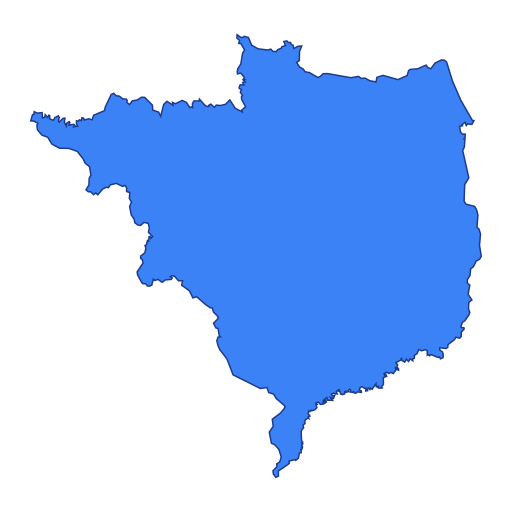 Ambatomainty, Melaky, Madagascar
{"feature_id": "10022922B59098628147577", "entity_name": "Ambatomainty", "entity_type": "district", "adm_level": 2, "iso_a3": "MDG", "parent_name": "Madagascar", "parent_adm1": "Melaky", "projection": "albers", "projection_center": [45.384, -17.814], "detail": "fine", "context": "isolated", "style": "filled", "palette": "blue", "viewbox_px": 512, "rotation_deg": 0, "n_neighbors": 0, "source": "geoboundaries", "source_scale": "gbopen_adm2", "svg_char_len": 5975}
<svg xmlns="http://www.w3.org/2000/svg" viewBox="0 0 512 512"><path d="M440.4,358.8L443.0,357.7L443.3,354.8L442.6,352.1L439.7,349.9L439.8,347.7L446.2,348.5L447.8,347.3L448.0,344.6L454.4,339.7L455.9,337.2L459.5,338.2L461.3,336.4L461.2,332.4L464.2,328.9L463.9,327.8L461.1,327.5L461.0,326.4L462.4,322.3L464.8,320.8L468.9,315.0L469.8,312.4L468.5,308.9L468.8,302.4L471.9,299.9L468.1,294.3L469.8,285.1L467.4,283.3L467.3,279.7L470.0,275.5L470.7,268.6L473.3,266.9L476.1,261.2L479.7,259.1L481.3,256.3L479.5,245.4L480.5,233.9L479.0,229.2L477.0,227.3L477.9,215.0L476.6,209.8L474.6,206.4L465.9,204.1L464.1,201.1L464.7,184.7L468.8,177.8L462.7,150.5L464.3,147.2L465.0,139.0L463.9,138.9L465.2,136.9L465.1,134.1L462.5,134.1L460.5,132.0L459.6,126.4L462.5,125.7L461.9,124.7L465.2,122.3L466.3,125.5L467.7,123.9L471.9,124.4L473.9,120.6L472.5,120.6L460.9,100.4L452.6,81.3L446.6,62.1L444.5,60.2L441.5,59.9L435.1,63.0L430.9,68.7L427.9,67.6L426.1,65.1L417.7,68.8L410.2,69.4L408.6,70.6L407.1,75.6L398.0,79.6L383.0,75.4L376.9,77.3L376.0,81.9L369.7,80.7L365.1,78.1L361.2,78.4L358.6,76.4L350.8,77.7L327.7,73.6L323.1,73.7L320.2,76.6L317.7,77.4L309.7,72.7L304.9,71.7L303.3,69.1L299.6,67.0L296.6,62.4L299.3,60.7L299.5,51.6L301.7,46.0L297.8,46.3L293.9,48.5L293.0,45.1L291.2,44.6L290.6,42.5L288.2,42.5L286.9,40.9L283.8,41.5L285.6,45.6L281.8,46.7L281.4,48.2L277.8,49.6L276.1,51.7L272.6,51.2L270.8,49.1L267.9,50.0L258.0,48.8L251.6,45.1L248.5,37.6L244.3,36.3L243.3,37.4L240.7,37.3L237.1,34.7L236.9,38.1L239.6,40.5L238.7,43.4L240.9,43.6L244.6,50.0L242.6,53.1L240.8,64.0L237.8,68.7L237.2,71.8L237.5,73.9L240.7,73.1L244.1,77.2L244.4,78.2L243.3,79.3L244.5,79.7L243.3,80.1L245.2,81.9L242.7,82.5L243.9,84.9L240.2,84.8L239.1,87.4L239.2,88.4L241.4,89.4L240.3,92.3L242.5,95.4L241.4,96.8L241.7,99.6L245.6,106.8L241.8,110.0L242.3,111.9L235.2,108.3L229.8,99.9L225.5,104.3L220.5,105.5L216.3,105.1L214.3,107.3L210.8,104.1L208.8,105.3L208.8,106.5L205.7,106.1L199.4,99.1L199.2,100.9L193.7,101.0L192.4,103.9L192.6,107.7L191.1,106.9L189.8,107.6L186.4,102.4L182.3,100.4L175.4,103.7L172.5,102.4L173.0,105.2L166.9,101.3L163.7,104.4L160.7,116.3L158.6,112.1L152.8,110.1L152.4,105.1L144.7,97.4L141.6,97.2L137.0,100.1L132.4,100.8L129.4,104.7L126.8,102.2L127.2,100.3L126.3,99.1L122.6,98.8L119.5,96.2L116.1,95.7L113.7,93.3L111.2,94.5L105.2,107.2L104.6,110.6L93.7,115.2L92.0,119.8L88.7,118.8L84.2,120.0L83.7,118.2L82.0,117.7L81.3,120.6L79.4,119.8L78.4,121.1L76.5,120.8L76.4,123.5L77.7,126.1L73.7,126.8L74.8,125.2L73.8,124.3L68.8,125.1L69.9,122.4L69.1,121.6L66.4,123.5L66.2,125.9L64.4,122.5L64.9,118.1L63.1,118.3L59.2,122.1L58.4,121.3L59.3,117.4L58.3,115.8L54.9,117.6L53.4,120.3L49.6,118.8L49.8,115.7L48.8,115.2L47.7,117.5L45.2,114.7L44.9,117.2L42.5,117.9L42.1,112.6L37.3,113.1L34.2,111.7L34.0,114.2L32.5,114.7L30.7,120.9L33.9,121.1L37.9,123.3L36.9,125.2L37.4,129.7L41.9,135.1L47.7,137.2L51.8,144.0L59.4,148.2L68.9,148.4L77.3,151.4L83.4,159.3L85.0,163.0L89.5,166.7L90.9,175.0L89.2,178.2L88.9,185.0L86.0,189.8L88.3,191.8L90.7,191.8L93.7,194.7L95.7,192.9L97.8,194.8L102.6,189.1L106.3,187.2L108.4,187.7L110.4,184.8L116.4,183.4L122.5,186.4L125.0,185.4L126.6,187.8L126.6,191.5L129.8,192.6L129.3,198.4L131.5,202.0L129.6,206.6L131.3,215.0L134.1,219.1L134.9,222.8L137.8,225.0L140.6,225.4L144.0,222.4L148.3,223.4L149.3,228.1L148.4,232.3L152.6,236.5L150.9,238.3L150.0,236.4L149.1,236.6L148.8,239.8L147.6,240.4L148.6,241.4L147.0,242.0L146.4,244.8L145.0,245.5L145.9,248.2L144.8,252.9L140.7,256.0L140.6,258.2L142.2,259.5L143.1,262.9L137.1,271.9L137.7,275.2L141.6,282.3L142.9,283.7L145.7,283.8L147.4,286.0L149.4,286.2L151.8,285.1L153.3,279.2L154.8,280.5L158.0,279.4L162.1,282.3L165.4,279.9L171.3,279.4L172.2,277.9L170.4,276.6L172.1,275.6L174.8,276.5L178.4,280.7L182.6,280.8L181.6,285.2L189.5,290.9L192.9,297.9L196.6,296.7L205.4,304.4L210.2,307.7L212.3,308.0L213.5,312.1L217.5,316.0L218.4,318.2L213.5,323.3L216.0,328.0L218.0,328.4L219.2,335.3L220.5,336.9L218.1,337.0L216.8,340.7L217.8,344.8L219.6,349.4L226.9,358.9L233.1,374.9L260.4,388.5L266.9,387.5L268.7,392.5L273.7,394.2L276.2,398.5L285.0,406.1L284.3,408.5L280.3,413.2L272.3,419.2L273.2,426.4L269.3,432.1L271.4,443.2L274.8,444.8L278.9,449.4L281.2,457.0L279.8,461.8L276.7,463.9L277.0,466.6L273.0,470.7L273.4,474.2L275.8,477.3L278.4,476.2L278.4,471.0L288.0,464.4L289.3,463.2L289.0,461.1L295.1,459.6L295.7,460.4L298.4,458.2L299.4,453.1L301.2,452.7L300.8,449.7L301.5,450.0L302.4,447.7L301.7,447.4L302.4,446.4L301.6,445.3L302.8,443.8L301.6,443.1L302.7,442.0L301.6,440.9L301.2,433.5L301.4,430.3L303.6,427.9L303.0,425.1L305.0,423.6L304.9,420.2L308.0,418.0L308.9,418.5L308.3,416.6L310.0,416.0L308.2,413.9L308.6,411.1L309.9,411.6L311.0,410.1L311.8,410.8L315.0,409.7L316.9,407.6L316.0,404.9L317.2,404.4L315.8,403.0L318.3,402.1L320.4,404.4L323.1,404.0L323.2,400.2L324.7,399.6L324.7,401.6L323.8,401.9L324.3,403.5L326.4,402.0L325.3,398.7L326.9,397.6L327.6,400.2L332.6,400.4L330.5,397.4L333.5,398.5L334.7,395.4L332.6,395.9L331.4,394.3L333.2,393.2L337.2,394.0L336.3,391.6L338.6,389.6L339.3,389.9L338.4,391.1L340.2,391.6L340.4,393.9L342.6,394.6L344.5,394.0L344.8,391.5L345.7,391.2L345.9,392.3L348.6,391.6L348.1,390.5L349.7,389.2L350.7,390.0L350.1,392.0L352.7,392.3L354.0,391.3L353.4,392.4L355.5,393.4L357.4,391.9L361.4,392.4L361.3,390.9L359.2,390.0L360.3,387.3L362.2,386.7L364.6,388.4L366.0,388.2L365.7,391.0L367.6,390.7L367.2,389.2L368.2,388.1L369.8,389.6L370.3,388.0L372.1,389.3L376.0,383.7L376.3,386.7L378.4,386.4L377.7,387.4L378.8,388.1L382.2,388.0L381.6,386.5L383.4,384.6L383.4,377.6L386.7,376.3L385.8,374.4L384.6,375.3L384.0,373.5L387.1,372.2L388.7,373.5L390.9,372.4L393.2,373.6L395.8,370.2L395.3,366.9L396.4,369.2L398.6,370.2L398.4,368.4L396.7,367.3L397.7,365.1L395.9,362.6L400.7,360.1L401.6,357.8L401.7,360.3L404.7,362.1L406.4,359.2L408.5,361.5L410.1,358.9L412.8,360.7L412.6,358.8L414.3,358.3L414.5,355.3L417.0,353.7L418.7,349.6L421.9,350.8L425.0,349.7L427.2,350.5L427.3,355.3L428.5,354.7L429.7,355.8L431.0,354.5L437.8,357.4L439.5,356.9L440.4,358.8Z" fill="#3b82f6" stroke="#1e3a8a" stroke-width="1.5"/></svg>